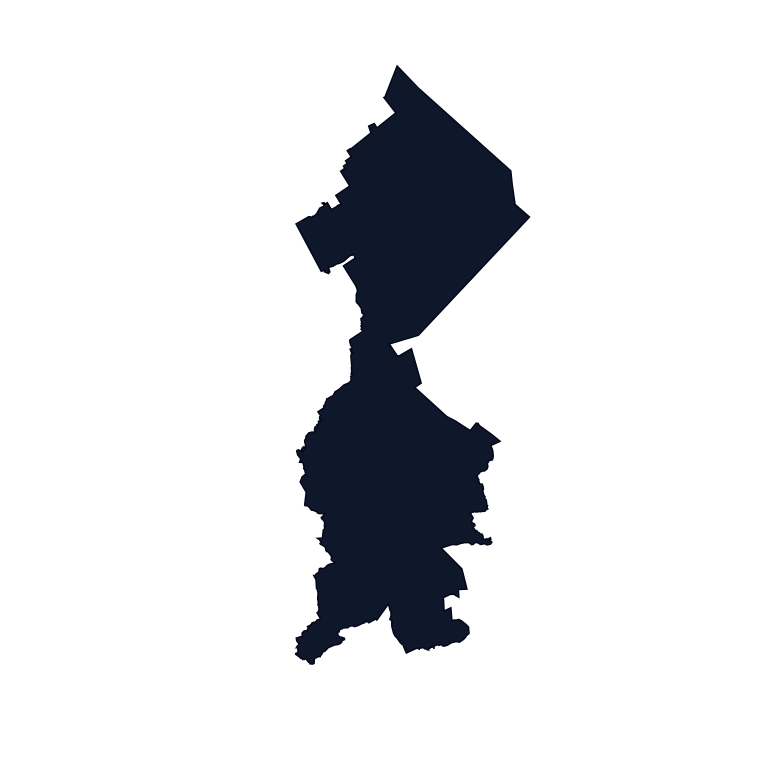 outline of Guadalupe, Zacatecas, Mexico, rotated 326°
{"feature_id": "50627088B774169449273", "entity_name": "Guadalupe", "entity_type": "district", "adm_level": 2, "iso_a3": "MEX", "parent_name": "Mexico", "parent_adm1": "Zacatecas", "projection": "mercator", "projection_center": [-102.492, 22.782], "detail": "fine", "context": "isolated", "style": "filled", "palette": "ink", "viewbox_px": 768, "rotation_deg": 326, "n_neighbors": 0, "source": "geoboundaries", "source_scale": "gbopen_adm2", "svg_char_len": 6171}
<svg xmlns="http://www.w3.org/2000/svg" viewBox="0 0 768 768"><g transform="rotate(326 384 384)"><path d="M572.7,127.7L545.3,146.6L544.1,146.4L545.4,165.8L521.3,167.8L521.6,162.6L515.5,161.6L513.6,168.5L487.4,170.7L487.5,170.0L484.0,170.0L483.8,177.3L476.9,177.5L476.9,180.5L472.2,180.7L472.1,183.2L467.0,183.4L466.3,200.7L449.5,200.7L449.0,211.0L445.1,210.0L444.6,210.5L437.9,209.9L438.4,201.9L435.8,202.0L435.7,200.1L433.8,199.5L434.3,201.4L434.1,203.0L429.0,202.3L423.2,205.3L419.7,205.7L418.8,205.1L417.1,205.5L416.8,204.6L415.2,203.2L400.6,202.1L395.0,255.5L398.2,256.3L397.3,257.6L399.8,261.4L401.8,260.8L402.7,257.7L402.8,256.1L407.7,257.9L411.3,257.9L414.5,259.0L419.3,259.7L427.4,258.6L431.2,259.9L430.4,264.2L429.3,263.5L416.4,263.4L415.6,286.1L415.2,288.7L414.5,291.2L413.3,292.7L411.0,294.4L408.1,298.7L408.3,299.3L407.2,299.6L406.9,301.4L407.4,303.8L407.5,308.5L405.4,312.8L405.5,313.3L406.6,313.3L405.9,315.1L404.3,316.5L402.8,316.9L401.5,316.8L400.3,319.1L400.4,320.6L399.1,320.9L398.7,323.1L398.5,322.7L397.4,322.9L396.9,325.2L395.6,325.8L396.0,327.1L395.7,328.5L380.5,328.3L379.3,329.7L378.1,333.0L377.9,336.5L375.4,336.2L374.6,339.5L375.7,339.7L375.6,341.0L374.0,340.8L372.2,342.2L367.2,351.2L366.1,352.3L364.2,355.6L362.3,357.4L363.3,358.6L361.7,359.1L360.7,359.0L360.4,360.1L358.3,362.9L355.1,363.4L350.4,362.4L343.7,363.3L339.0,363.1L337.1,364.3L334.9,365.1L328.0,364.4L327.0,365.7L325.2,366.4L324.0,367.8L321.6,368.5L321.3,370.1L313.7,370.1L313.7,375.0L312.2,375.3L311.2,376.7L310.9,378.4L311.3,378.9L308.7,378.3L308.4,379.6L307.4,380.2L305.5,380.3L305.5,381.6L303.3,381.0L302.7,381.2L300.8,382.9L300.3,384.9L298.5,384.5L297.4,383.5L294.1,382.5L290.2,383.7L289.3,384.6L289.2,385.3L286.9,386.2L286.2,387.1L283.7,393.2L282.6,393.7L281.9,392.6L283.0,392.0L282.4,391.2L281.3,391.7L281.0,391.1L278.8,392.4L279.5,393.6L278.6,394.6L276.1,390.6L274.9,391.0L274.7,390.5L274.1,390.7L272.8,394.7L273.1,399.0L272.5,400.0L270.2,401.7L272.9,403.7L271.4,407.8L270.0,409.4L270.6,409.9L268.4,415.5L267.3,414.8L266.8,415.2L264.4,415.1L259.7,418.3L259.0,430.2L250.6,439.9L250.5,440.6L252.9,442.8L253.3,447.9L254.9,449.4L256.4,451.7L257.1,453.0L256.7,453.6L257.4,454.0L257.4,454.8L261.5,457.9L262.8,458.2L260.4,459.2L257.2,459.7L257.1,461.6L257.7,463.7L257.2,465.8L254.9,468.7L255.1,469.8L254.5,469.8L253.1,471.4L252.1,471.0L246.8,477.3L242.6,474.8L243.5,476.9L243.4,479.1L243.7,479.7L243.0,480.5L241.8,480.4L241.7,481.1L242.2,482.4L242.9,483.3L244.1,486.7L242.9,489.1L242.7,490.8L243.8,491.8L244.1,497.7L242.0,500.0L242.0,501.0L243.1,504.6L241.3,504.6L240.4,503.7L236.5,502.6L231.5,503.4L230.3,502.9L228.2,501.1L226.9,501.1L225.3,503.2L224.1,503.6L221.4,503.5L219.9,504.4L218.7,503.5L218.2,508.2L213.6,516.0L213.9,517.0L212.4,520.5L209.0,524.8L206.8,529.6L206.2,529.5L205.7,530.2L205.7,531.7L204.7,533.6L203.5,535.1L201.5,536.3L200.6,536.2L200.2,540.3L200.4,541.4L199.6,543.3L196.6,542.2L195.2,542.8L193.0,542.8L192.4,542.2L190.4,541.9L190.0,542.9L189.1,542.5L188.0,542.8L184.9,542.3L184.5,544.2L181.9,545.3L181.4,545.3L180.7,544.5L179.3,544.1L176.9,544.7L176.2,545.4L175.7,547.5L169.2,545.6L168.0,548.3L168.2,552.4L165.0,552.9L165.0,553.8L164.1,553.8L164.6,554.2L164.7,555.0L162.6,558.5L160.1,558.0L159.7,558.9L161.1,562.5L161.6,565.0L162.8,565.3L162.5,566.7L163.2,566.6L163.5,567.7L165.6,568.0L165.9,572.6L166.7,573.1L166.2,574.6L168.2,576.3L169.8,576.5L172.8,572.7L176.0,573.2L176.6,572.9L178.6,574.4L179.2,573.8L181.9,573.0L183.0,571.9L185.7,572.5L190.3,571.4L196.9,572.7L200.1,574.2L202.4,574.7L204.2,574.6L204.8,573.9L206.7,573.4L208.4,573.8L209.0,572.6L207.0,569.9L205.6,568.9L205.6,565.2L207.3,564.0L208.1,564.4L209.3,563.2L210.8,563.1L212.0,563.1L212.8,563.7L214.2,563.3L215.3,564.4L217.9,565.9L220.3,565.6L222.7,566.9L223.9,568.7L227.7,569.8L232.2,570.4L234.4,571.1L236.3,570.5L236.4,571.2L237.6,572.1L237.9,573.5L241.6,573.8L242.0,573.6L243.0,574.1L244.5,573.8L245.6,574.3L246.1,575.7L264.8,568.8L262.8,573.9L262.4,575.4L262.9,575.7L260.3,580.0L257.2,582.5L258.3,584.5L257.8,584.3L257.7,585.1L254.9,589.4L252.5,596.3L252.3,599.5L252.8,602.3L252.8,607.0L253.2,609.5L254.0,609.8L252.1,619.5L263.6,621.4L265.0,623.5L265.4,623.1L266.6,623.3L269.1,624.5L269.9,626.7L271.4,627.4L271.1,628.5L272.4,629.5L272.6,628.1L274.5,628.8L274.9,628.2L278.1,629.7L277.3,631.6L279.2,628.9L280.1,629.6L282.2,629.8L282.7,630.0L283.2,631.3L286.4,632.3L286.0,633.6L287.0,634.8L290.4,636.0L294.7,636.1L298.8,637.5L300.9,638.8L302.2,640.3L307.0,640.2L309.7,639.7L311.6,638.7L315.0,638.4L318.2,632.7L317.4,628.7L315.6,623.1L314.2,620.9L310.5,619.7L310.7,619.2L308.1,617.9L314.3,606.9L306.9,605.8L313.8,594.3L321.1,595.4L322.6,596.3L324.6,597.6L325.1,599.3L326.8,602.6L330.7,596.0L338.1,600.4L345.2,580.8L339.7,552.0L350.7,555.2L354.8,558.2L357.4,558.7L361.9,560.5L365.8,563.0L366.8,566.2L368.2,566.8L370.7,566.5L372.5,567.3L374.4,571.1L377.9,572.5L379.6,575.1L382.8,576.3L385.0,575.4L385.0,574.5L383.6,573.4L383.7,572.6L385.8,572.5L386.2,570.9L383.2,570.7L382.6,569.6L381.1,569.7L380.4,568.9L380.0,568.1L380.4,566.3L381.2,565.1L381.0,564.0L381.3,563.4L379.7,561.7L379.8,560.9L378.7,558.6L378.9,557.4L377.8,557.2L377.8,552.5L380.1,552.3L380.8,551.1L380.7,550.1L380.0,549.7L379.6,548.5L379.6,547.5L380.3,546.3L383.0,545.0L383.3,539.8L385.4,539.4L386.5,540.3L387.9,540.3L388.4,541.3L389.8,542.3L391.7,543.0L392.8,544.1L394.3,544.2L394.7,545.0L396.3,545.7L397.1,545.9L397.8,545.2L400.2,545.7L400.3,544.4L400.9,543.4L401.7,542.9L401.3,542.6L401.5,542.2L403.9,537.2L403.5,535.4L404.8,533.7L404.6,532.1L405.9,528.4L406.5,527.3L407.1,527.3L408.0,526.3L409.1,523.5L409.1,522.3L409.4,522.1L407.8,520.5L407.6,519.7L408.4,517.1L409.2,516.2L409.1,514.3L410.7,511.3L412.0,511.6L415.3,510.5L416.0,511.2L417.2,511.1L418.6,512.3L422.2,512.0L424.2,510.2L425.1,507.7L427.1,507.0L427.7,506.0L431.3,507.5L433.8,505.5L435.3,503.1L435.1,502.4L436.2,501.6L437.5,498.1L438.1,494.7L448.2,496.4L445.1,486.3L439.8,471.7L440.0,469.4L438.5,468.0L429.4,470.8L422.5,454.6L417.8,445.9L407.6,404.1L415.3,404.1L426.5,370.1L411.4,369.1L411.4,368.5L410.8,368.4L410.8,353.8L439.8,362.8L598.0,326.9L593.1,308.4L601.9,290.2L608.3,278.2L577.9,157.7L572.7,127.7Z" fill="#0f172a" stroke="#020617" stroke-width="1.5"/></g></svg>